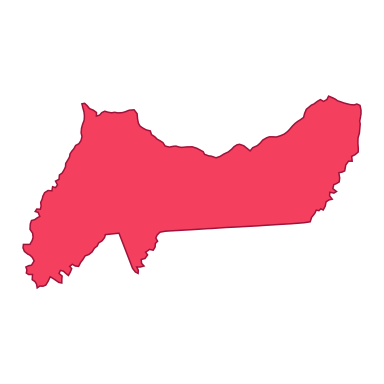 the district of Dionísio Cerqueira, Santa Catarina, Brazil
{"feature_id": "56859067B35573440952052", "entity_name": "Dionísio Cerqueira", "entity_type": "district", "adm_level": 2, "iso_a3": "BRA", "parent_name": "Brazil", "parent_adm1": "Santa Catarina", "projection": "mercator", "projection_center": [-53.547, -26.336], "detail": "fine", "context": "isolated", "style": "filled", "palette": "rose", "viewbox_px": 384, "rotation_deg": 0, "n_neighbors": 0, "source": "geoboundaries", "source_scale": "gbopen_adm2", "svg_char_len": 3239}
<svg xmlns="http://www.w3.org/2000/svg" viewBox="0 0 384 384"><path d="M87.1,105.6L84.6,103.3L81.9,103.8L83.1,108.8L84.0,112.0L84.4,115.7L84.2,120.0L82.5,124.6L81.5,128.3L81.1,132.9L82.0,136.5L81.0,140.5L78.9,143.7L75.6,145.5L73.9,148.7L71.7,151.3L70.0,154.0L69.5,157.0L67.7,160.2L65.7,163.4L65.5,166.8L64.1,169.8L62.2,173.0L59.4,175.0L59.0,179.3L55.5,181.1L57.5,184.9L55.5,187.6L52.6,186.7L51.9,190.8L48.0,190.5L44.6,192.7L42.9,196.1L42.1,199.3L40.7,202.4L41.1,206.1L40.3,209.3L36.8,209.0L35.2,211.5L38.1,212.4L39.8,216.4L37.1,217.9L34.6,219.7L31.5,220.5L30.3,223.9L30.0,229.3L32.6,233.2L33.1,237.2L32.2,240.4L29.9,244.4L23.4,244.4L23.0,247.9L24.4,251.4L27.6,254.0L30.0,255.2L32.3,257.4L34.1,260.9L31.5,265.2L28.9,265.6L25.9,267.0L26.9,270.0L26.3,273.0L28.6,274.5L32.5,274.5L32.2,279.7L34.9,281.5L36.5,284.0L37.2,287.9L39.8,286.1L43.0,286.2L45.8,285.1L48.1,281.3L50.2,276.8L53.3,278.6L56.2,280.6L58.8,282.4L61.8,283.0L61.8,279.7L62.1,276.0L59.0,273.4L60.4,270.4L63.4,271.2L65.7,273.3L68.4,275.5L70.3,272.1L71.7,268.6L69.7,266.4L72.3,264.3L75.3,266.0L78.6,266.4L80.6,262.5L82.9,259.5L85.1,255.9L88.9,254.5L92.1,251.9L94.4,248.2L97.2,246.0L98.6,243.0L102.2,240.7L104.6,237.5L105.4,234.6L119.0,233.2L132.6,268.4L135.4,272.0L138.1,273.4L138.3,270.2L136.7,267.0L140.3,267.0L144.0,266.0L141.6,263.4L141.2,259.5L145.0,258.5L147.6,254.9L145.6,252.2L149.6,249.4L153.2,250.2L155.1,247.0L155.4,243.4L157.6,241.2L155.8,238.0L157.1,235.1L159.9,232.2L165.4,231.2L169.9,230.9L179.0,230.4L185.7,230.0L191.3,229.7L196.1,229.4L206.6,228.7L211.8,228.5L218.4,228.0L225.9,227.5L238.4,226.9L258.3,225.8L266.8,225.2L272.0,224.9L279.7,224.4L291.8,223.7L304.4,222.7L310.2,221.8L311.6,217.4L314.8,213.3L316.3,210.1L318.9,210.7L320.8,208.8L323.2,210.0L325.2,206.2L326.1,201.9L328.8,200.0L332.2,199.2L329.6,195.8L329.8,192.3L333.9,193.1L336.5,191.5L332.8,188.6L333.8,184.7L336.4,183.6L339.2,181.9L339.7,177.9L338.8,172.8L342.1,172.1L344.7,170.9L345.8,164.9L348.5,161.2L352.2,161.2L351.7,156.4L355.2,154.6L358.2,152.0L358.3,148.5L357.9,143.7L358.0,138.0L359.4,133.1L359.9,127.4L360.2,124.0L359.7,121.0L360.4,117.6L361.0,113.9L361.0,110.1L360.0,105.4L356.9,104.0L354.2,104.9L350.3,104.6L346.7,103.7L343.7,102.9L340.7,101.8L337.6,100.8L335.4,99.2L332.7,97.8L328.6,96.1L326.9,99.5L323.6,101.4L320.4,99.6L317.3,101.4L313.9,104.0L311.4,105.1L309.1,107.0L306.3,109.3L304.6,113.4L303.6,117.4L300.6,119.6L297.4,121.6L295.0,123.5L292.3,126.2L289.7,129.3L287.4,131.7L284.2,134.1L280.5,135.7L276.4,137.0L272.4,136.8L269.5,136.8L266.8,137.7L262.8,140.0L260.1,143.2L257.2,145.7L252.7,147.7L250.1,150.9L247.1,148.4L243.7,145.7L239.6,144.3L237.0,144.8L233.9,146.8L231.8,149.1L228.2,152.0L223.9,154.0L220.1,156.4L216.0,157.8L211.4,156.2L208.5,155.8L204.5,154.3L203.2,151.7L200.3,150.1L196.9,148.3L192.3,146.8L187.0,146.9L181.6,147.4L179.0,147.0L176.0,146.1L173.2,146.3L169.4,147.1L165.1,146.0L162.9,142.6L160.5,141.0L157.2,139.2L154.7,136.7L151.5,134.6L150.3,130.9L146.3,129.9L143.4,128.4L140.1,126.2L138.4,123.2L137.6,119.2L137.1,113.7L134.1,109.8L129.2,110.2L125.4,111.7L122.5,112.6L118.1,112.9L114.7,112.3L111.4,112.8L107.6,112.1L104.8,111.2L101.8,112.6L99.6,115.1L96.4,116.0L96.5,112.5L93.4,110.2L89.5,108.6L87.1,105.6Z" fill="#f43f5e" stroke="#9f1239" stroke-width="1.5"/></svg>